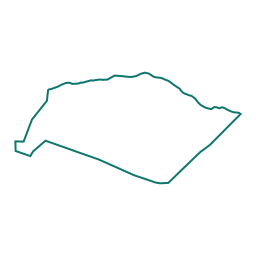 San Juan Evangelista Analco, Oaxaca, Mexico (Equal Earth projection)
{"feature_id": "50627088B78220950285189", "entity_name": "San Juan Evangelista Analco", "entity_type": "district", "adm_level": 2, "iso_a3": "MEX", "parent_name": "Mexico", "parent_adm1": "Oaxaca", "projection": "equal_earth", "projection_center": [-96.534, 17.4], "detail": "fine", "context": "isolated", "style": "outline", "palette": "teal", "viewbox_px": 256, "rotation_deg": 0, "n_neighbors": 0, "source": "geoboundaries", "source_scale": "gbopen_adm2", "svg_char_len": 1396}
<svg xmlns="http://www.w3.org/2000/svg" viewBox="0 0 256 256"><path d="M30.4,156.1L31.6,153.8L33.3,151.2L40.3,145.2L45.5,140.7L79.4,152.7L88.0,155.7L98.5,159.4L128.6,172.8L134.0,175.2L150.0,180.6L155.4,182.5L160.0,183.3L168.3,182.9L181.6,170.0L200.3,152.0L209.8,145.0L240.6,114.0L240.0,113.6L239.8,113.5L238.7,112.8L236.1,112.4L234.8,112.5L233.5,112.2L230.2,111.1L229.6,110.8L226.3,109.2L225.9,108.9L224.5,108.0L223.8,107.9L222.8,107.4L221.8,107.4L219.4,108.3L216.5,107.3L214.5,107.0L211.4,109.0L210.1,109.0L208.7,108.5L205.7,107.8L204.2,107.0L203.9,106.8L200.7,105.0L197.9,102.3L195.7,99.1L194.6,98.2L192.5,96.6L191.8,96.1L190.9,95.6L190.0,95.6L186.8,94.4L186.2,94.1L185.0,93.8L183.4,92.9L182.1,91.8L181.1,90.8L179.7,88.7L177.3,87.2L174.2,85.1L172.6,83.9L170.5,82.3L169.0,81.2L167.6,80.5L166.7,80.2L164.0,79.2L163.2,78.7L162.2,78.3L160.7,77.9L155.2,77.2L153.8,76.8L148.7,73.5L146.8,73.1L144.9,72.7L141.3,73.6L139.9,74.2L136.1,76.1L132.9,76.7L131.0,77.0L130.5,76.9L128.2,76.9L123.7,76.3L116.8,75.7L115.9,75.8L114.8,75.5L114.0,76.0L113.0,76.4L110.2,78.1L107.3,79.6L103.1,79.8L99.1,79.5L98.7,79.7L94.9,80.2L93.3,80.6L91.3,80.3L82.0,82.8L81.1,82.5L79.1,83.3L78.2,83.5L77.2,83.6L72.3,83.9L69.6,82.7L69.3,82.8L66.0,82.9L61.2,84.9L57.3,86.9L55.1,87.6L51.9,88.8L48.8,89.5L48.1,90.1L46.9,100.8L32.0,119.5L23.6,141.6L15.4,141.4L15.6,151.0L30.4,156.1Z" fill="none" stroke="#0f766e" stroke-width="2"/></svg>